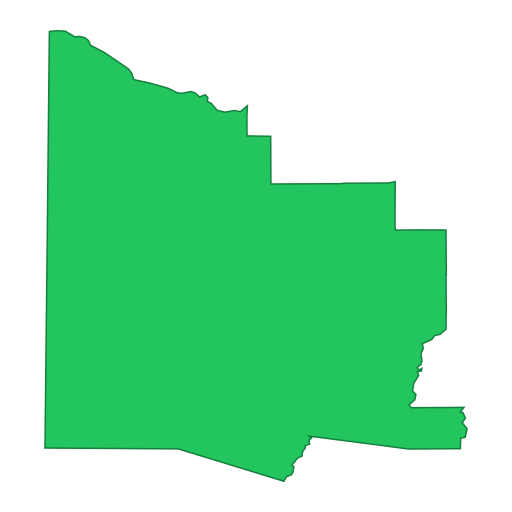 the district of Yavapai, Arizona, United States of America
{"feature_id": "52423323B41142242539063", "entity_name": "Yavapai", "entity_type": "district", "adm_level": 2, "iso_a3": "USA", "parent_name": "United States of America", "parent_adm1": "Arizona", "projection": "albers", "projection_center": [-112.227, 34.707], "detail": "fine", "context": "isolated", "style": "filled", "palette": "green", "viewbox_px": 512, "rotation_deg": 0, "n_neighbors": 0, "source": "geoboundaries", "source_scale": "gbopen_adm2", "svg_char_len": 1307}
<svg xmlns="http://www.w3.org/2000/svg" viewBox="0 0 512 512"><path d="M45.9,361.2L45.0,447.8L44.9,448.0L178.2,448.9L249.5,470.7L283.9,481.3L286.5,476.7L291.3,474.9L293.0,472.2L293.8,466.5L291.7,465.3L297.8,457.9L302.0,456.2L302.5,451.9L305.5,447.6L304.8,446.0L309.7,444.0L308.9,440.2L311.5,438.1L309.0,436.1L377.4,444.9L408.3,449.0L460.4,448.7L460.7,438.2L465.1,437.3L467.1,428.8L462.2,422.7L465.4,418.2L463.0,412.7L460.4,412.1L463.9,407.4L411.1,407.7L409.1,404.9L414.9,399.5L415.9,394.4L412.6,391.1L413.7,383.4L418.7,375.3L417.3,371.8L421.3,371.0L421.8,368.5L419.1,370.0L417.1,367.8L419.3,365.4L420.8,364.9L422.0,360.4L420.9,354.0L423.2,348.5L422.5,343.6L431.9,339.4L434.8,335.4L440.1,334.4L446.1,329.0L446.0,320.2L446.3,312.4L446.0,275.3L446.3,275.3L446.0,230.0L416.1,229.9L395.4,230.1L395.0,226.0L395.2,181.6L388.3,183.0L343.8,183.2L340.7,183.7L270.9,184.0L270.7,136.3L247.0,135.9L246.9,116.2L247.4,105.7L240.3,111.7L234.3,110.5L224.9,112.2L217.0,110.2L211.1,103.2L207.4,101.6L207.8,97.5L205.1,94.8L199.6,96.9L195.0,92.9L190.9,91.5L182.1,93.3L177.6,92.9L168.2,88.3L149.6,83.0L135.4,80.0L133.5,79.1L131.8,73.4L128.6,69.0L104.2,52.4L90.5,45.3L88.4,40.6L84.8,37.7L79.3,36.4L74.9,36.9L65.4,31.2L57.1,30.7L49.4,31.4L49.3,36.8L47.2,243.9L45.9,361.2Z" fill="#22c55e" stroke="#15803d" stroke-width="1.5"/></svg>